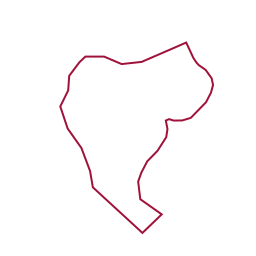 the Municipality of Vuzenica, rotated 15°
{"feature_id": "SVN-1005", "entity_name": "Vuzenica", "entity_type": "Municipality", "adm_level": 1, "iso_a3": "SVN", "parent_name": "Slovenia", "parent_adm1": "", "projection": "orthographic", "projection_center": [15.169, 46.568], "detail": "fine", "context": "isolated", "style": "outline", "palette": "rose", "viewbox_px": 256, "rotation_deg": 15, "n_neighbors": 0, "source": "natural_earth", "source_scale": "10m", "svg_char_len": 573}
<svg xmlns="http://www.w3.org/2000/svg" viewBox="0 0 256 256"><g transform="rotate(15 128 128)"><path d="M162.1,30.4L173.1,43.5L177.2,47.1L180.2,49.0L188.0,51.8L195.9,58.3L199.0,64.4L199.0,72.4L196.7,82.9L186.0,102.0L178.4,106.7L170.1,109.0L165.4,108.8L162.6,111.0L166.4,118.8L167.3,127.0L162.4,142.4L155.2,155.2L152.4,167.8L151.7,177.2L158.3,193.6L182.9,202.7L169.1,225.6L109.4,194.4L102.5,179.4L88.2,159.4L69.8,144.1L57.0,124.7L60.5,107.2L57.7,92.8L64.0,77.2L68.3,70.1L86.4,65.2L105.3,67.9L124.1,60.6L162.1,30.4Z" fill="none" stroke="#9f1239" stroke-width="2"/></g></svg>